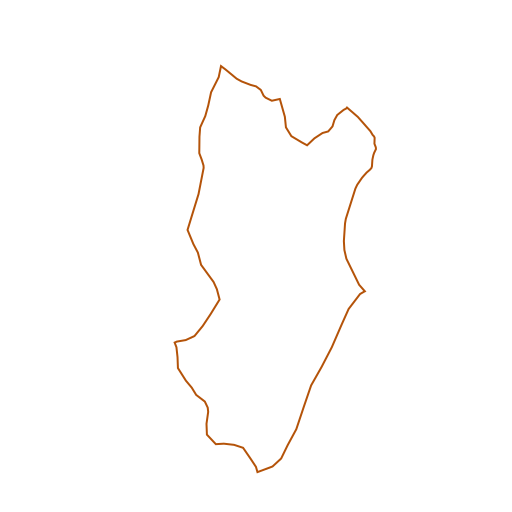 an SVG outline of Misratah, rotated 38°
{"feature_id": "LBY-2970", "entity_name": "Misratah", "entity_type": "Municipality", "adm_level": 1, "iso_a3": "LBY", "parent_name": "Libya", "parent_adm1": "", "projection": "natural_earth1", "projection_center": [15.024, 30.913], "detail": "fine", "context": "isolated", "style": "outline", "palette": "amber", "viewbox_px": 512, "rotation_deg": 38, "n_neighbors": 0, "source": "natural_earth", "source_scale": "10m", "svg_char_len": 1448}
<svg xmlns="http://www.w3.org/2000/svg" viewBox="0 0 512 512"><g transform="rotate(38 256 256)"><path d="M236.3,83.0L250.6,83.7L269.3,87.2L273.4,88.8L275.4,89.1L276.7,89.8L280.2,94.6L283.5,96.6L284.7,97.9L285.6,102.0L286.4,104.3L288.4,108.4L292.2,114.0L292.8,115.7L292.6,118.1L291.8,122.1L291.5,126.7L291.4,129.3L291.9,137.5L292.8,141.6L303.9,171.4L306.1,175.5L316.1,190.2L322.0,196.9L328.9,202.5L355.0,215.2L363.5,216.8L363.0,217.9L361.4,221.9L361.6,240.7L365.7,257.3L371.9,281.2L376.0,303.1L379.1,324.0L386.3,344.8L394.4,367.7L397.4,385.5L400.5,400.1L398.6,411.7L390.2,425.4L385.8,422.2L376.9,419.2L363.9,415.1L355.0,418.3L346.2,423.7L340.2,429.0L327.3,427.0L320.3,418.7L314.3,408.3L311.3,405.2L305.3,402.2L294.4,402.3L286.4,399.3L277.5,397.4L263.5,392.4L256.5,384.1L249.5,376.9L245.2,374.3L246.3,372.2L252.4,365.5L256.8,356.9L257.1,344.0L256.0,329.7L254.1,312.7L246.2,306.7L245.7,306.3L238.6,302.6L218.2,296.8L208.1,289.1L199.4,285.2L186.0,277.6L181.0,264.6L172.6,242.6L160.5,218.8L158.9,217.0L153.9,213.5L148.0,209.9L138.0,196.8L132.8,189.0L129.9,177.0L125.7,166.8L119.8,154.6L116.5,138.0L111.5,127.9L117.1,127.8L131.6,128.2L137.2,127.3L146.4,124.5L151.6,122.3L157.6,122.2L163.3,125.0L166.1,125.3L172.9,123.9L178.1,117.6L193.0,128.5L200.4,136.2L210.1,139.8L222.1,138.3L228.1,137.3L229.6,127.3L232.7,118.1L236.2,113.4L236.5,106.8L234.1,100.6L233.2,94.8L235.1,86.9L236.3,84.2L236.3,83.0Z" fill="none" stroke="#b45309" stroke-width="2"/></g></svg>